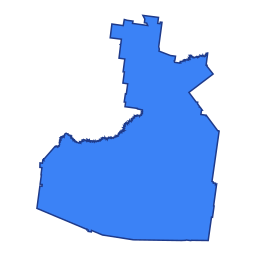 Hay, New South Wales, Australia
{"feature_id": "25037944B78300731498703", "entity_name": "Hay", "entity_type": "district", "adm_level": 2, "iso_a3": "AUS", "parent_name": "Australia", "parent_adm1": "New South Wales", "projection": "mercator", "projection_center": [144.56, -34.157], "detail": "fine", "context": "isolated", "style": "filled", "palette": "blue", "viewbox_px": 256, "rotation_deg": 0, "n_neighbors": 0, "source": "geoboundaries", "source_scale": "gbopen_adm2", "svg_char_len": 5832}
<svg xmlns="http://www.w3.org/2000/svg" viewBox="0 0 256 256"><path d="M42.8,160.0L42.4,163.2L40.0,162.9L39.9,167.4L41.9,167.7L41.0,174.8L41.4,174.9L40.1,184.2L42.2,184.5L42.0,186.3L39.9,186.0L36.9,208.4L86.7,229.3L87.0,228.4L86.8,229.9L88.3,230.1L88.1,231.4L91.3,231.9L91.5,230.4L102.5,235.0L133.3,239.8L181.5,240.5L185.8,240.3L186.2,240.0L190.9,240.6L191.3,240.3L208.2,240.5L211.5,217.1L212.5,217.3L214.1,206.0L213.6,205.9L216.6,184.3L216.1,184.6L215.8,183.8L215.4,184.3L215.3,183.3L214.8,183.0L213.4,183.2L213.3,182.0L212.0,181.4L219.1,131.3L218.9,130.8L217.7,130.7L206.6,115.8L206.0,115.8L206.1,115.2L200.9,114.5L201.5,110.3L202.3,110.2L200.1,107.2L199.4,107.1L199.5,106.5L197.5,103.7L197.7,102.2L196.1,102.0L188.9,92.4L213.1,74.0L207.0,66.3L207.1,65.3L206.1,65.2L207.7,53.0L207.3,53.0L207.2,53.5L206.2,53.4L206.2,54.1L205.4,54.5L205.2,55.5L205.6,55.6L204.9,56.0L205.0,56.4L204.4,56.6L204.1,56.0L203.4,55.7L203.1,56.1L202.8,55.2L202.6,55.7L201.9,55.5L201.6,56.2L200.2,55.4L200.3,56.0L199.0,56.3L199.1,56.8L198.0,57.5L197.6,57.3L197.8,56.6L197.1,56.6L197.1,57.1L196.7,56.7L196.5,57.1L195.9,56.9L194.7,57.6L193.7,57.2L193.7,57.7L193.1,57.7L193.1,57.3L192.3,57.1L192.6,56.8L191.3,56.2L191.5,55.5L190.2,55.2L190.1,55.6L189.8,55.4L190.1,55.8L189.6,55.7L190.3,56.6L189.8,56.7L189.8,57.5L189.4,57.5L189.8,57.8L189.3,58.4L189.6,58.7L189.1,58.7L189.5,59.3L188.7,59.2L188.5,58.8L188.4,59.5L188.0,59.3L188.4,59.7L187.9,59.5L188.1,59.9L187.6,59.7L187.6,60.0L187.2,59.2L187.2,60.0L184.9,59.7L185.0,60.3L184.6,60.2L184.6,60.6L184.2,60.1L184.4,59.9L183.7,60.0L183.9,60.4L183.1,60.7L183.0,61.4L182.1,61.5L182.0,62.1L181.8,61.4L180.3,61.5L180.4,62.0L180.1,62.3L180.5,62.8L179.6,62.8L179.6,63.1L174.6,62.3L174.2,60.8L174.9,60.2L175.5,56.2L170.4,55.5L159.0,51.1L159.3,49.1L158.7,46.8L162.0,22.3L160.3,22.1L160.0,23.7L157.7,23.4L158.5,17.4L142.9,15.4L144.8,19.0L144.4,22.7L146.7,23.1L147.7,25.5L132.5,23.4L133.0,21.1L127.1,20.3L124.3,19.5L123.2,25.6L111.9,24.0L110.2,37.8L121.4,39.2L120.8,44.0L120.1,44.5L120.6,45.2L119.0,58.2L124.8,59.0L123.1,71.8L124.4,71.9L122.9,83.1L127.7,83.8L126.3,94.0L125.4,93.8L124.2,102.0L125.6,102.2L125.0,106.7L137.4,108.4L137.4,108.9L142.4,109.9L142.5,111.3L141.7,111.4L142.1,111.8L141.9,112.6L142.4,112.7L142.4,113.4L141.9,113.3L141.6,114.5L141.2,113.9L141.1,114.8L140.6,114.5L141.0,114.9L140.5,115.6L140.8,115.9L140.1,115.6L139.8,116.0L139.8,115.3L138.8,115.8L138.1,115.3L137.7,115.6L137.8,115.1L137.5,115.0L136.1,115.5L136.2,116.0L135.3,115.8L135.4,116.2L134.9,116.1L134.7,116.5L134.5,116.2L134.5,116.7L134.1,116.5L133.9,117.0L134.1,117.5L133.6,117.4L133.9,117.9L133.4,117.9L133.2,118.6L132.6,118.3L132.4,118.7L131.9,118.6L132.0,119.2L131.6,119.2L131.9,119.7L131.4,119.7L131.8,120.4L131.3,120.3L131.2,121.2L130.9,120.8L130.6,121.4L129.8,121.0L129.5,121.4L129.4,120.9L129.2,121.5L128.6,121.3L129.0,122.0L128.3,122.7L128.8,122.9L128.1,122.9L128.3,123.3L127.7,123.1L127.4,123.6L127.1,123.2L127.2,124.0L126.5,123.3L126.2,123.5L126.3,123.1L125.9,123.4L125.5,123.0L125.2,123.8L124.7,123.8L125.0,125.2L124.5,124.9L124.5,125.4L124.0,125.4L124.4,125.8L124.0,126.2L124.5,126.6L123.8,127.0L123.8,127.7L123.4,127.7L123.8,128.0L123.5,128.5L124.3,128.5L123.8,129.0L124.0,129.6L123.5,129.8L124.0,130.1L123.3,130.1L123.6,130.6L122.6,130.4L122.9,131.0L122.4,130.8L122.0,131.8L121.6,131.4L121.6,132.0L121.2,131.6L121.3,132.3L120.7,131.8L120.5,132.1L120.5,131.7L120.3,132.2L119.9,131.9L119.8,132.5L119.4,132.6L119.8,133.1L118.9,133.5L119.0,134.6L118.3,135.1L118.1,134.7L117.7,135.9L117.3,135.8L117.6,136.1L117.1,136.1L117.4,136.3L117.0,136.6L116.5,136.4L116.2,136.8L115.6,136.7L115.7,136.3L115.3,136.8L115.1,136.5L115.0,137.0L114.5,137.0L114.5,137.4L114.0,137.2L113.8,137.7L114.1,137.8L113.4,137.7L113.2,138.2L111.6,137.4L111.8,137.9L111.4,138.2L111.7,138.3L111.3,138.5L110.9,138.4L110.9,137.7L110.4,138.1L109.8,137.4L109.4,137.7L108.9,137.5L108.8,137.9L108.4,137.4L108.0,137.9L108.3,138.2L107.7,138.8L107.2,138.6L107.2,139.1L106.8,138.5L106.4,139.0L106.4,138.4L105.8,138.5L105.7,138.0L105.3,138.1L105.4,137.6L105.1,138.2L104.9,137.7L104.8,138.3L104.1,138.5L103.9,137.9L102.6,137.5L102.2,137.8L102.2,138.4L101.8,138.3L102.2,139.1L100.3,139.3L100.7,139.7L100.2,140.2L100.9,140.2L100.3,140.8L99.5,140.1L99.0,140.4L99.3,140.9L98.4,141.3L98.0,140.6L97.1,141.0L97.1,140.5L97.0,141.1L96.7,141.0L97.1,141.4L96.4,141.6L96.1,141.2L96.1,141.5L95.6,141.3L95.1,141.7L95.2,141.3L94.8,141.5L94.0,140.6L93.8,141.1L93.2,141.0L93.4,141.7L92.7,142.0L92.4,141.2L91.6,140.8L90.8,140.8L90.7,141.6L90.2,141.6L90.3,141.9L89.8,141.7L89.3,139.8L88.9,140.3L87.8,139.7L88.1,140.2L87.7,140.6L88.1,141.2L87.3,141.0L86.9,141.5L86.3,140.6L86.7,140.3L86.5,140.1L85.5,140.2L85.7,140.6L84.9,140.6L84.9,140.0L83.5,139.5L83.2,140.1L82.2,139.9L82.1,140.7L82.6,141.2L81.9,141.2L81.5,141.3L81.6,141.7L80.9,141.7L80.8,142.1L80.5,142.0L80.6,142.8L80.1,142.4L79.9,142.8L79.6,142.4L79.6,142.8L78.6,143.0L77.4,142.3L76.7,142.4L76.4,141.8L76.1,142.1L75.5,141.4L75.1,141.6L75.0,140.8L74.5,140.9L74.4,140.0L74.0,140.2L74.2,139.8L73.4,139.2L73.2,139.7L72.7,139.4L73.1,138.8L72.8,138.3L72.4,138.2L72.3,138.7L72.0,138.0L71.1,138.1L71.2,137.4L71.6,137.4L71.3,137.0L71.6,136.1L70.8,135.9L70.9,135.5L70.2,135.4L70.1,135.9L69.6,135.1L68.8,135.3L68.0,134.7L68.1,134.0L66.4,133.6L66.0,132.8L66.0,133.2L65.0,133.9L64.2,135.4L64.5,135.6L64.0,136.3L64.0,136.9L63.7,136.6L63.0,137.1L63.0,136.5L62.5,136.7L62.5,136.3L61.9,136.6L62.1,136.9L61.3,136.8L61.3,137.2L60.8,137.2L60.8,137.8L60.1,137.9L60.6,138.6L60.0,139.2L60.4,139.4L60.2,139.8L60.5,139.7L59.9,140.4L60.6,140.7L59.8,141.3L60.1,142.1L59.3,142.3L59.6,144.6L59.3,145.3L58.7,145.7L58.9,146.0L58.5,146.1L58.7,146.4L58.2,146.8L58.0,146.4L57.7,146.9L57.4,146.3L56.6,146.6L56.5,146.2L55.8,146.7L55.6,146.2L55.1,146.4L44.4,158.6L43.7,158.7L43.8,159.4L43.3,159.8L43.6,160.3L42.8,160.0Z" fill="#3b82f6" stroke="#1e3a8a" stroke-width="1.5"/></svg>